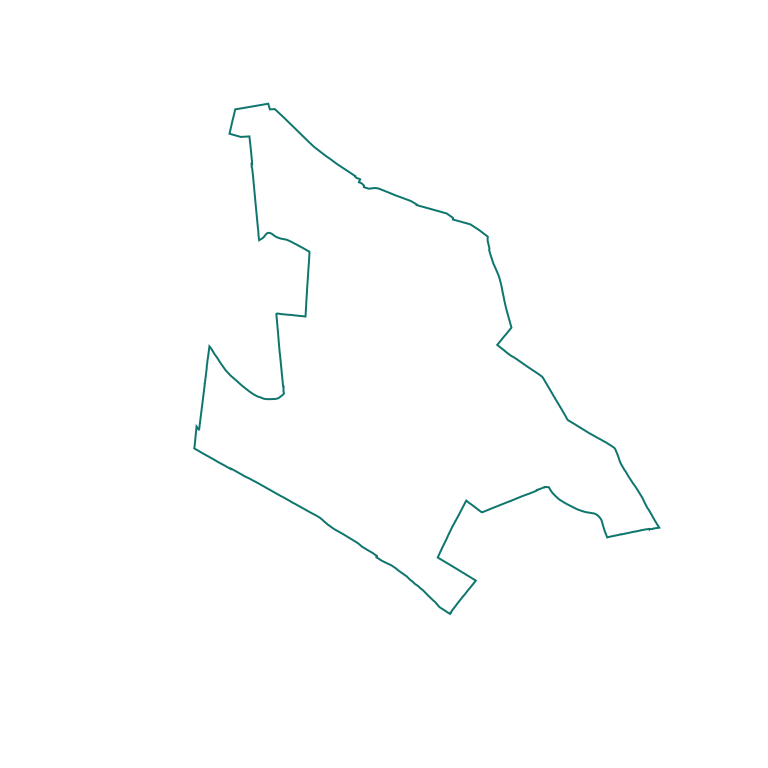 outline of Montfoort, Utrecht, Netherlands, rotated 44°
{"feature_id": "6326949B42908335421355", "entity_name": "Montfoort", "entity_type": "district", "adm_level": 2, "iso_a3": "NLD", "parent_name": "Netherlands", "parent_adm1": "Utrecht", "projection": "natural_earth1", "projection_center": [4.943, 52.045], "detail": "fine", "context": "isolated", "style": "outline", "palette": "teal", "viewbox_px": 768, "rotation_deg": 44, "n_neighbors": 0, "source": "geoboundaries", "source_scale": "gbopen_adm2", "svg_char_len": 6044}
<svg xmlns="http://www.w3.org/2000/svg" viewBox="0 0 768 768"><g transform="rotate(44 384 384)"><path d="M591.1,502.4L590.3,499.5L590.2,499.1L589.7,493.8L589.3,491.1L589.3,490.8L589.1,489.1L589.1,488.8L589.0,488.4L589.0,488.0L589.0,487.6L588.9,487.3L588.8,485.4L588.7,485.1L588.4,482.5L588.5,482.2L588.3,481.1L588.4,480.7L588.1,477.4L587.8,475.3L587.5,471.1L587.5,470.9L587.3,469.0L587.3,468.7L587.1,466.3L586.6,461.6L562.5,467.0L543.2,471.5L542.5,469.5L541.0,465.3L540.7,464.3L539.8,461.8L536.5,451.6L535.2,448.0L532.3,439.2L530.5,432.5L530.4,432.5L530.4,432.4L530.4,432.1L528.6,425.7L525.5,415.3L524.2,410.7L525.2,410.6L527.2,410.5L530.2,410.0L539.3,408.9L542.4,408.6L543.4,408.1L543.7,408.1L544.3,406.9L548.2,398.0L553.7,385.8L555.1,382.7L555.6,381.7L556.4,380.0L556.5,380.0L556.6,379.5L556.8,379.1L560.9,369.7L563.1,365.0L564.6,362.1L565.4,360.3L567.7,355.1L567.9,354.5L567.9,354.1L567.9,353.8L568.0,353.6L567.8,353.6L568.0,353.2L568.4,352.6L568.6,352.0L569.3,350.8L570.9,347.1L571.2,347.1L571.4,346.6L571.3,346.4L571.9,345.7L574.4,343.7L576.8,344.5L578.4,344.9L580.1,345.2L581.7,345.4L584.6,345.5L588.7,345.4L589.7,345.4L592.2,344.9L595.6,344.2L599.7,343.1L607.9,340.6L610.0,339.9L611.3,339.4L615.5,337.4L617.9,336.1L618.9,335.5L621.7,333.5L622.8,332.8L624.3,331.7L625.5,331.0L626.2,330.7L627.2,330.4L627.8,330.2L629.8,330.0L631.0,330.1L633.4,330.4L634.3,330.6L635.2,331.0L636.4,331.6L640.1,333.8L645.0,336.5L651.1,339.3L653.0,336.3L657.8,329.3L658.3,328.4L658.7,327.5L659.1,327.5L664.1,320.2L664.2,319.8L664.8,319.0L666.3,316.8L667.6,315.1L670.4,311.0L670.3,310.9L673.7,306.2L675.2,304.4L675.3,304.4L675.2,304.3L675.4,304.1L675.5,304.2L677.2,302.5L678.1,301.6L678.1,301.0L680.5,297.8L681.8,296.1L680.6,295.8L678.9,295.5L676.5,294.8L675.2,294.5L671.0,293.3L666.1,291.8L661.5,290.5L659.5,290.2L657.8,289.6L654.2,288.4L649.0,286.4L641.1,284.4L636.3,283.2L632.6,282.6L627.4,281.4L622.7,280.3L619.3,279.2L616.6,278.8L614.6,278.2L610.4,277.0L609.4,276.6L607.3,275.8L603.2,273.6L601.6,272.9L601.0,272.5L597.1,270.9L595.8,270.3L595.3,270.1L594.6,270.0L593.7,270.0L591.9,270.3L585.9,271.5L584.1,271.9L580.2,273.0L579.0,273.2L575.1,274.4L572.1,275.1L565.9,276.8L555.7,279.0L551.7,279.9L548.8,280.5L542.4,282.0L541.0,282.2L540.5,282.1L535.9,280.7L528.5,278.6L516.9,275.5L512.0,274.1L507.0,272.7L500.6,270.9L498.7,270.4L494.4,269.2L492.9,268.9L488.3,269.5L475.7,271.8L462.5,273.9L457.8,274.8L456.7,275.2L455.6,275.5L451.7,276.0L450.5,276.1L446.4,276.4L441.0,277.0L438.3,277.2L438.2,276.3L437.9,272.1L437.4,266.8L437.2,262.9L436.5,254.9L421.0,245.8L418.1,244.0L412.2,240.1L411.1,239.3L404.8,235.0L402.3,233.2L399.7,231.4L392.6,227.1L391.1,226.4L386.3,224.3L379.1,221.4L374.3,218.9L369.1,216.1L366.8,214.7L366.2,214.3L365.8,213.3L359.1,209.0L357.5,207.4L356.3,205.9L345.4,207.2L340.6,208.1L335.2,209.2L319.3,217.8L318.4,216.6L310.6,217.8L283.3,232.6L283.1,232.1L276.3,233.7L272.1,235.5L261.0,240.4L246.8,246.1L244.2,247.2L241.9,248.8L240.6,250.1L237.5,254.0L232.8,256.4L231.9,255.2L228.3,255.2L225.8,256.3L225.2,254.8L224.6,253.3L220.8,254.9L219.1,254.9L219.0,254.4L197.4,258.4L187.6,259.7L185.0,260.2L177.3,261.1L168.8,262.0L161.2,262.1L126.6,261.9L114.5,262.1L111.2,265.7L106.0,262.8L96.4,276.0L95.1,277.7L94.1,279.0L93.8,279.5L93.3,280.2L92.0,281.9L90.9,283.5L89.8,284.9L86.2,289.8L89.9,296.0L92.7,300.9L95.1,304.8L99.0,311.3L109.3,305.8L115.2,299.4L125.8,308.2L126.6,308.9L130.1,311.9L132.4,313.9L134.9,316.0L136.4,317.5L135.9,317.7L138.3,320.0L139.1,320.3L139.8,320.8L145.9,325.9L161.7,339.5L183.8,358.4L187.4,361.4L190.8,364.5L194.3,367.3L195.2,364.2L195.4,362.5L195.5,361.9L195.4,361.1L195.1,358.5L195.1,357.7L195.2,356.9L195.4,356.3L195.6,355.9L196.2,355.3L196.7,354.8L198.0,354.2L199.0,353.9L199.6,353.8L202.5,353.5L203.1,353.4L204.2,353.1L206.0,352.4L207.0,352.0L208.9,351.0L210.0,350.3L212.7,348.5L214.1,347.7L215.7,347.1L218.0,346.3L231.5,342.4L236.5,341.2L238.4,340.6L240.2,342.5L245.3,348.4L248.0,351.7L250.2,354.3L256.3,361.5L262.0,368.3L265.8,372.7L271.1,378.9L279.5,388.6L280.6,390.0L273.1,395.9L269.5,398.6L267.3,400.5L261.9,404.8L258.4,407.3L258.2,407.5L258.0,407.9L257.9,408.4L273.0,421.5L280.4,428.0L285.8,432.7L286.7,433.4L287.1,433.9L287.4,434.1L288.3,434.7L303.3,447.5L310.4,453.5L311.0,454.1L312.5,455.3L313.3,455.9L313.6,455.6L315.6,457.9L316.4,458.7L318.6,460.3L318.7,462.1L318.5,463.6L318.2,465.7L318.0,466.9L317.7,468.0L316.9,469.2L316.4,470.0L314.5,472.1L310.3,476.2L309.3,477.0L308.1,477.9L303.9,479.7L302.0,480.7L301.2,481.0L298.7,481.7L297.2,482.1L292.3,482.9L287.4,483.4L281.8,483.9L275.7,484.1L269.6,484.4L268.3,484.5L261.9,484.2L260.5,484.1L253.0,482.7L251.1,482.3L244.9,480.8L241.7,480.3L235.2,478.6L233.3,478.3L232.3,478.2L237.9,485.8L241.8,491.2L242.6,492.0L243.4,493.4L245.5,495.8L246.2,496.7L254.7,508.0L254.8,508.6L255.3,508.8L256.1,509.8L261.2,516.6L283.1,545.8L282.6,545.5L281.3,545.3L279.9,545.0L278.7,544.8L290.9,560.2L292.2,562.1L294.1,561.7L295.6,561.3L297.9,560.7L301.4,559.9L306.1,558.6L306.7,558.5L308.3,558.0L310.5,557.5L312.1,557.0L319.2,555.3L327.0,553.1L327.6,553.0L330.3,552.2L332.8,551.6L332.6,551.2L336.8,550.0L341.0,548.9L349.1,546.8L352.5,545.6L354.6,545.0L355.1,544.9L358.5,543.9L363.1,542.6L366.0,541.9L367.0,541.6L370.0,540.8L371.4,540.5L375.5,539.4L387.8,536.2L390.4,535.4L393.5,534.6L397.6,533.5L400.7,532.8L403.4,532.0L419.7,527.7L423.6,526.6L426.6,525.7L430.9,524.7L435.5,524.4L436.0,524.5L439.9,524.2L440.3,524.3L441.8,524.1L442.5,523.9L447.2,523.3L448.9,523.0L459.7,520.2L463.7,519.3L474.6,516.9L475.9,516.6L477.0,516.5L480.1,516.4L481.0,516.3L485.1,515.4L494.3,513.2L495.6,513.1L496.8,512.9L497.2,512.8L498.2,512.6L498.5,513.5L499.0,513.3L499.3,513.9L501.6,513.3L502.8,513.2L506.0,512.4L507.9,511.8L515.0,509.4L519.8,508.5L520.8,508.4L524.6,508.1L533.5,506.7L534.1,506.6L538.9,506.7L541.7,506.3L545.4,506.3L546.7,506.0L549.4,505.6L549.9,505.5L550.7,505.7L553.5,505.5L554.1,505.4L555.6,505.3L562.8,505.5L569.7,505.5L572.1,505.3L576.0,505.7L578.0,505.9L579.1,505.9L586.9,504.4L588.3,504.2L591.1,503.5L590.7,502.5L591.1,502.4Z" fill="none" stroke="#0f766e" stroke-width="2"/></g></svg>